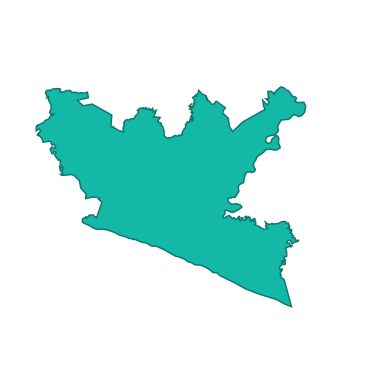 iLembe, KwaZulu-Natal, South Africa (Natural Earth projection), rotated 74°
{"feature_id": "47623444B69150070479938", "entity_name": "iLembe", "entity_type": "district", "adm_level": 2, "iso_a3": "ZAF", "parent_name": "South Africa", "parent_adm1": "KwaZulu-Natal", "projection": "natural_earth1", "projection_center": [31.231, -29.241], "detail": "fine", "context": "isolated", "style": "filled", "palette": "teal", "viewbox_px": 384, "rotation_deg": 74, "n_neighbors": 0, "source": "geoboundaries", "source_scale": "gbopen_adm2", "svg_char_len": 6049}
<svg xmlns="http://www.w3.org/2000/svg" viewBox="0 0 384 384"><g transform="rotate(74 192 192)"><path d="M191.0,305.7L196.6,299.2L199.7,296.5L201.7,293.6L202.9,288.6L205.1,283.8L209.5,277.6L213.4,273.6L217.3,267.3L219.2,265.6L219.9,263.3L221.5,261.7L221.2,261.2L221.9,259.9L226.5,254.0L228.4,250.0L233.0,245.5L233.5,244.4L233.3,243.3L234.7,240.7L239.7,234.8L249.3,225.4L250.3,223.0L254.3,217.9L258.0,215.0L259.9,211.8L262.3,209.8L263.9,206.8L263.9,205.2L266.4,201.5L271.7,196.2L274.9,194.3L276.9,190.0L280.0,188.3L291.2,175.8L300.2,166.9L309.2,154.8L318.9,140.1L324.8,134.3L329.7,128.0L302.0,127.6L297.9,130.3L296.8,129.3L294.0,129.6L292.3,127.1L290.9,126.5L290.7,127.2L292.0,128.4L291.8,128.9L288.4,128.6L287.5,126.8L286.3,125.7L287.3,123.2L286.9,122.2L285.0,121.8L284.1,122.3L283.9,123.5L285.4,124.9L283.6,125.3L282.8,124.0L283.4,121.1L280.2,121.7L279.9,118.7L275.3,117.5L272.1,117.7L271.0,114.6L272.0,111.9L271.5,110.6L270.8,110.5L270.8,112.3L268.1,112.5L267.0,114.9L265.7,114.0L265.2,112.4L265.9,110.6L268.7,110.5L269.1,109.6L268.4,106.3L268.8,104.8L268.1,102.9L267.5,103.2L268.0,104.6L267.7,105.3L264.6,105.7L263.7,108.0L262.2,106.4L260.7,107.8L259.5,107.2L258.4,108.9L257.3,107.2L255.6,106.6L255.7,108.5L254.7,108.1L253.4,109.8L253.2,108.2L252.3,108.8L251.6,107.5L249.9,108.3L249.6,107.9L248.2,108.0L248.3,109.8L246.5,110.1L246.3,111.2L245.7,111.2L245.4,114.3L246.1,117.6L245.5,120.4L245.8,121.4L245.5,122.3L244.8,122.4L244.5,123.9L244.4,126.6L243.7,128.0L241.3,129.7L243.8,129.5L244.8,130.6L245.7,130.7L247.6,129.1L248.0,132.4L245.1,136.4L244.0,136.3L243.2,138.0L241.8,139.1L240.8,140.7L239.2,139.1L234.8,139.0L234.7,139.8L236.7,141.2L234.9,141.8L236.6,143.5L236.4,144.0L232.5,143.3L232.6,144.3L231.2,144.5L231.4,145.4L233.0,146.6L232.3,147.0L230.3,146.6L230.2,147.7L233.4,148.5L234.0,149.2L233.0,150.6L230.8,150.4L230.5,151.2L231.3,152.3L232.9,152.8L233.0,153.5L231.5,154.5L229.4,152.9L228.5,153.3L228.5,154.0L230.6,156.8L229.8,158.2L228.2,158.7L228.5,160.8L226.3,161.7L224.7,163.1L225.7,168.3L225.4,169.1L224.7,169.2L223.6,168.5L221.9,166.1L219.3,165.8L219.0,165.2L219.1,163.5L221.6,160.9L222.9,157.9L222.0,153.0L220.5,148.5L219.4,148.3L217.5,149.4L215.8,152.0L214.5,157.5L211.3,159.6L208.9,159.7L208.4,158.7L208.4,154.5L209.1,152.4L207.7,150.3L205.9,148.8L204.6,146.9L200.2,146.2L198.8,145.3L197.8,143.9L197.1,139.8L192.6,137.6L188.1,134.5L188.5,130.8L189.7,129.5L189.6,126.4L187.7,124.9L184.2,125.6L182.0,125.2L180.4,124.0L178.8,121.8L176.4,120.2L173.2,111.6L171.6,109.3L172.4,104.9L174.4,101.2L174.9,98.9L173.8,95.0L168.2,95.3L164.6,93.8L162.0,94.2L161.0,95.4L161.3,96.6L163.4,100.7L165.9,102.2L166.4,103.6L166.2,105.5L164.1,107.4L159.9,105.6L159.4,102.1L159.9,96.9L159.1,94.9L156.8,92.0L152.3,91.6L147.4,86.4L148.7,79.3L148.3,77.4L145.9,73.9L145.9,72.8L146.3,71.5L149.0,68.5L148.7,65.4L146.5,61.9L141.0,59.1L136.6,59.7L135.0,66.4L134.2,66.6L133.3,68.1L130.6,65.7L129.0,66.7L128.1,68.7L121.3,71.3L120.1,73.2L117.1,75.0L115.4,77.7L118.2,83.7L119.3,84.2L119.1,85.2L120.8,86.2L118.4,86.9L116.9,88.4L116.3,91.4L122.5,92.5L123.0,92.1L123.3,94.3L122.8,95.2L127.1,93.1L128.8,95.2L127.7,96.6L123.4,98.7L129.3,99.5L132.7,98.8L138.7,124.0L145.1,136.2L139.6,138.0L131.0,136.8L124.5,140.8L122.2,139.3L120.4,136.7L111.6,143.4L111.8,144.8L113.4,146.1L113.2,148.9L108.6,150.7L108.9,151.5L108.0,152.3L106.7,151.5L104.5,151.9L104.3,152.5L103.4,152.0L100.7,155.2L96.2,157.5L99.4,159.5L99.7,161.4L101.1,161.1L100.4,163.1L101.5,165.4L102.9,164.9L103.2,164.3L104.7,164.2L105.6,165.2L107.1,164.8L107.9,166.6L109.4,166.5L109.4,167.4L110.8,167.5L110.8,168.4L109.2,169.9L107.6,168.8L108.6,171.1L110.9,170.4L111.7,171.4L112.4,170.0L114.2,169.6L115.0,170.8L115.9,169.2L116.2,170.2L118.0,170.8L119.3,172.6L119.9,171.3L121.1,170.4L122.0,171.4L122.5,171.2L122.4,171.6L123.8,172.0L123.5,172.5L121.9,171.9L120.9,172.5L121.5,173.8L124.3,175.1L124.0,176.3L123.1,176.8L123.8,177.8L125.7,180.0L126.8,179.6L128.9,181.3L129.6,182.8L132.9,185.5L134.5,185.7L134.1,186.2L134.4,187.8L133.7,189.1L134.3,189.6L134.0,191.6L132.9,192.7L134.1,197.4L133.4,198.7L133.8,200.7L130.6,203.2L124.6,202.0L120.3,202.3L119.0,203.2L117.6,202.5L115.0,205.7L111.5,202.1L109.5,207.2L109.6,208.3L103.6,203.9L104.3,206.8L101.1,206.8L102.2,207.7L102.1,208.6L101.0,208.7L101.2,210.3L99.7,210.6L100.2,212.5L98.1,213.1L98.9,214.6L97.7,215.4L98.5,216.3L97.4,217.0L97.3,219.9L98.0,220.3L98.5,222.6L98.9,221.2L100.8,221.6L102.3,223.3L103.3,225.5L105.8,228.0L104.9,229.6L105.2,233.1L104.6,234.6L104.6,235.8L105.5,237.5L107.0,238.6L108.8,238.5L111.7,240.8L115.0,240.8L115.6,241.4L114.8,241.9L112.8,245.5L109.5,248.3L109.3,249.3L107.4,249.7L107.5,251.0L106.9,252.0L96.0,247.9L80.0,263.7L79.1,272.9L72.3,276.9L72.8,265.6L67.2,265.0L67.3,268.7L66.0,271.0L65.7,274.3L64.1,276.1L63.3,279.5L62.5,280.5L61.4,280.6L60.5,281.9L60.0,284.8L60.4,288.9L59.8,289.9L60.0,290.6L58.9,291.4L58.6,290.6L56.4,290.4L55.6,292.4L54.6,297.9L55.5,300.5L54.6,301.3L54.3,302.7L55.0,304.6L56.2,305.6L60.5,304.8L61.3,305.4L60.9,303.8L64.0,304.6L68.1,303.7L70.9,303.8L73.2,304.4L76.1,306.9L77.6,306.8L78.6,305.9L78.7,303.5L79.7,304.9L79.7,306.6L82.6,310.2L82.6,312.6L83.4,314.4L84.3,314.8L84.5,317.8L85.3,320.2L85.0,321.6L86.0,323.5L90.2,324.9L89.1,321.7L90.8,320.7L92.2,321.5L93.1,323.3L93.9,324.2L93.9,323.4L94.9,324.7L96.1,323.1L99.6,321.4L103.0,321.5L103.8,315.2L105.2,313.6L106.7,314.1L108.5,313.2L107.8,311.8L108.1,311.3L112.3,310.9L112.3,311.9L110.1,314.6L112.1,316.6L116.7,316.0L116.8,314.6L114.9,313.5L116.4,311.5L118.5,313.9L124.5,311.8L124.5,310.6L125.8,309.8L127.5,310.8L129.7,310.7L130.6,312.1L133.7,312.6L133.6,311.9L132.1,311.0L131.7,309.8L131.9,309.3L133.0,309.4L135.1,310.2L134.6,311.5L134.9,312.4L136.3,312.3L137.4,311.0L138.5,311.2L138.7,313.6L140.2,312.5L142.1,302.6L144.3,300.3L150.0,297.2L157.8,297.8L165.2,294.1L167.6,295.8L169.1,295.9L169.4,289.6L170.8,284.3L172.9,283.7L172.7,282.7L173.6,283.6L176.9,281.4L190.3,290.7L188.5,292.5L186.8,293.2L186.0,297.3L187.6,299.1L186.7,300.7L187.6,300.5L187.8,301.0L187.2,302.5L187.4,304.1L188.0,304.9L191.0,305.7Z" fill="#14b8a6" stroke="#0f766e" stroke-width="1.5"/></g></svg>